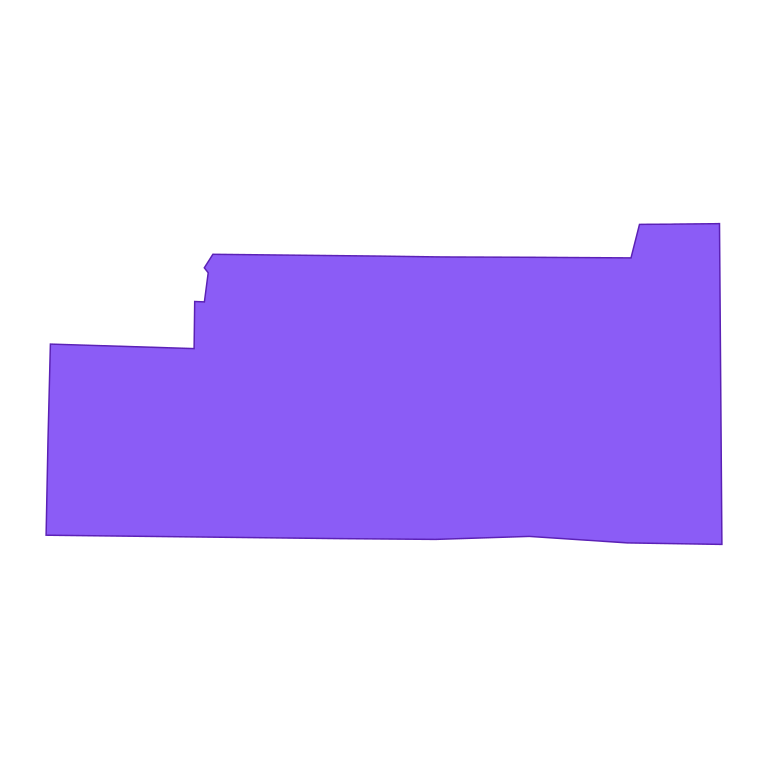 the district of Craighead, Arkansas, United States of America
{"feature_id": "52423323B20567432013188", "entity_name": "Craighead", "entity_type": "district", "adm_level": 2, "iso_a3": "USA", "parent_name": "United States of America", "parent_adm1": "Arkansas", "projection": "robinson", "projection_center": [-90.631, 35.848], "detail": "fine", "context": "isolated", "style": "filled", "palette": "violet", "viewbox_px": 768, "rotation_deg": 0, "n_neighbors": 0, "source": "geoboundaries", "source_scale": "gbopen_adm2", "svg_char_len": 452}
<svg xmlns="http://www.w3.org/2000/svg" viewBox="0 0 768 768"><path d="M46.1,535.2L337.5,538.6L435.5,539.4L529.3,536.4L627.3,542.9L721.9,544.4L719.5,223.6L716.4,223.7L674.1,224.1L671.2,224.2L647.8,224.3L639.5,224.4L631.0,257.9L565.4,257.5L533.2,257.3L452.8,257.0L437.0,256.9L380.4,256.1L212.9,254.3L204.3,267.8L208.2,272.8L204.4,301.9L194.7,301.5L194.1,348.6L50.4,344.1L48.0,439.8L46.1,535.2Z" fill="#8b5cf6" stroke="#5b21b6" stroke-width="1.5"/></svg>